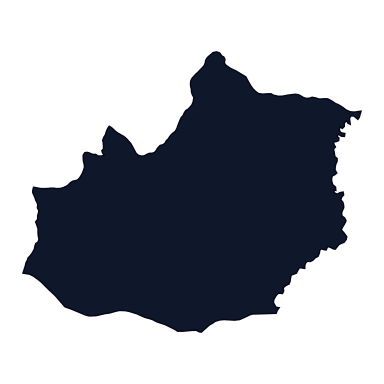 São Francisco de Sales, Minas Gerais, Brazil (Robinson projection)
{"feature_id": "56859067B34500113916882", "entity_name": "São Francisco de Sales", "entity_type": "district", "adm_level": 2, "iso_a3": "BRA", "parent_name": "Brazil", "parent_adm1": "Minas Gerais", "projection": "robinson", "projection_center": [-49.843, -19.775], "detail": "fine", "context": "isolated", "style": "filled", "palette": "ink", "viewbox_px": 384, "rotation_deg": 0, "n_neighbors": 0, "source": "geoboundaries", "source_scale": "gbopen_adm2", "svg_char_len": 4305}
<svg xmlns="http://www.w3.org/2000/svg" viewBox="0 0 384 384"><path d="M33.6,187.3L32.9,189.9L32.7,192.4L33.7,194.7L35.0,197.5L35.8,200.2L37.1,202.6L37.8,204.8L37.4,207.8L38.9,210.6L38.5,213.0L37.7,215.6L37.7,219.2L35.7,221.9L37.0,225.4L38.1,228.9L38.0,232.2L38.3,235.7L39.0,239.3L38.0,242.1L35.9,243.5L35.0,245.8L34.4,249.1L32.4,252.8L30.1,255.9L28.1,257.9L27.4,260.3L26.1,262.6L25.2,266.4L23.0,273.1L29.4,274.1L33.7,276.2L36.1,278.0L37.8,279.2L41.5,282.2L45.0,285.7L49.3,290.0L55.4,295.7L58.7,299.5L64.9,306.7L67.0,307.5L71.0,308.9L74.1,310.2L82.8,313.8L85.1,314.8L87.5,315.5L89.7,315.9L96.2,315.6L104.8,313.6L109.9,312.9L115.3,311.3L119.6,310.4L125.2,310.6L129.0,311.3L137.4,313.9L139.8,315.1L145.1,317.4L149.7,318.6L152.4,319.5L157.1,321.9L165.0,324.5L175.5,329.7L177.4,331.1L182.8,331.2L192.5,330.3L196.5,330.3L199.0,331.7L201.3,332.1L209.4,324.9L212.3,323.3L215.1,321.3L219.8,319.9L224.1,319.5L234.6,320.1L239.7,319.5L244.8,317.2L250.2,314.6L252.5,314.0L276.1,313.3L277.3,310.2L279.1,307.8L276.1,307.3L274.5,304.7L273.4,302.7L273.7,299.7L274.8,297.7L276.1,295.5L277.9,293.5L279.9,293.2L282.5,293.5L283.6,290.9L283.2,287.7L285.8,285.5L289.0,284.0L290.1,281.1L290.4,278.5L291.1,275.1L293.5,274.2L296.3,273.2L297.8,270.3L299.5,267.6L301.7,267.9L304.7,268.4L304.8,265.1L305.8,262.6L307.6,261.2L310.2,261.5L313.0,260.1L315.2,257.7L318.0,256.3L319.3,253.2L319.7,250.5L321.0,248.7L323.4,249.5L326.2,249.9L327.5,246.5L330.6,247.3L333.2,248.8L335.3,249.1L337.0,246.9L338.9,244.5L341.6,243.2L344.2,242.2L346.1,239.5L346.7,236.7L345.2,234.6L343.6,232.5L341.2,229.8L342.8,226.6L344.6,223.7L346.0,220.7L344.6,218.0L341.9,215.9L341.6,212.5L342.7,209.9L343.7,207.7L343.6,205.2L342.9,202.4L340.7,199.6L341.9,196.7L343.6,195.0L343.1,192.1L340.0,192.7L337.1,194.2L334.2,192.7L333.8,190.0L335.8,190.4L335.5,187.1L332.7,184.7L331.6,180.9L331.6,178.0L332.4,175.8L334.6,174.8L336.8,173.0L335.0,170.0L335.2,166.6L335.9,163.7L337.0,161.5L337.1,158.5L334.8,156.6L334.2,152.3L333.4,149.1L335.4,147.0L333.8,144.2L333.6,141.9L336.1,141.6L338.6,140.6L338.9,138.0L337.0,136.4L338.3,134.2L341.5,136.2L344.4,136.4L344.8,133.5L342.2,133.1L340.3,132.2L339.2,129.6L340.1,126.9L342.3,128.4L344.2,126.5L344.4,122.8L346.7,120.7L347.9,123.1L350.2,124.2L349.8,121.1L349.4,118.4L350.8,115.9L353.8,115.9L355.7,117.5L357.9,119.3L359.3,117.2L360.1,114.2L361.0,111.2L358.0,111.6L354.7,112.1L352.4,112.0L350.3,111.8L347.8,110.8L345.6,109.7L343.3,107.8L340.5,106.0L338.3,104.7L335.3,103.5L332.5,101.5L330.0,100.1L327.8,98.9L325.2,98.8L322.5,98.9L320.4,99.1L318.3,98.9L315.8,98.0L312.2,97.3L309.2,98.3L306.0,98.4L303.1,97.4L300.8,95.9L298.4,94.7L295.5,94.3L291.5,94.7L287.8,95.2L284.7,95.8L281.8,96.3L278.1,96.3L275.2,95.6L273.1,95.1L271.1,93.8L269.0,93.8L266.6,93.9L262.8,94.2L258.5,93.6L255.6,91.5L252.7,88.6L250.5,85.4L248.7,82.4L247.3,79.7L245.7,76.8L243.2,75.3L240.4,73.7L237.7,72.0L235.6,70.8L232.9,69.6L230.0,68.1L227.6,66.4L225.8,65.2L224.3,63.0L224.9,59.2L223.7,57.0L221.6,55.8L219.7,53.0L216.6,51.9L213.1,52.6L210.7,54.7L208.3,56.7L206.8,58.4L205.7,60.5L205.3,63.1L204.0,65.9L201.9,68.2L199.9,70.2L198.2,72.1L195.6,74.4L193.6,76.7L192.1,78.3L190.9,80.6L190.5,83.8L190.7,86.5L191.4,89.0L191.5,91.9L192.3,94.5L193.9,97.4L193.2,101.9L192.0,104.8L190.2,107.0L188.0,109.3L186.0,110.4L184.5,112.5L183.3,115.3L181.1,117.9L180.1,120.1L178.8,123.3L177.7,126.2L177.0,128.4L175.3,131.4L172.6,133.4L171.1,134.9L169.6,136.8L168.2,139.0L166.4,140.7L165.0,143.2L163.1,144.7L160.1,145.5L157.6,148.2L156.0,150.9L154.4,152.6L152.1,153.3L149.3,153.4L146.7,154.5L144.0,156.0L141.0,156.1L138.3,155.3L135.9,153.1L134.3,150.0L132.2,146.1L130.5,143.2L128.8,141.4L127.0,139.3L125.3,137.7L123.5,136.3L121.5,135.2L119.6,134.1L117.3,132.8L114.8,130.8L112.9,128.9L111.2,127.5L109.2,126.3L107.8,128.3L106.4,131.6L105.4,134.9L103.8,137.3L102.7,140.4L103.3,142.8L103.5,145.6L103.5,149.0L101.9,150.7L102.6,152.9L104.2,155.0L101.7,156.1L98.1,156.0L95.6,154.4L93.3,154.5L91.3,153.9L89.2,152.9L86.8,152.4L84.7,152.8L83.2,155.3L83.3,159.1L83.6,161.9L84.3,164.3L84.5,167.4L83.3,171.0L82.2,173.8L80.8,176.1L79.5,178.1L77.4,180.1L74.7,180.8L72.6,181.3L70.6,182.6L68.2,185.0L66.1,186.4L63.1,187.7L60.3,188.5L58.1,188.6L56.0,188.6L53.8,188.2L51.0,188.2L48.2,188.5L45.1,188.6L40.9,188.6L38.8,188.3L36.2,187.7L33.6,187.3Z" fill="#0f172a" stroke="#020617" stroke-width="1.5"/></svg>